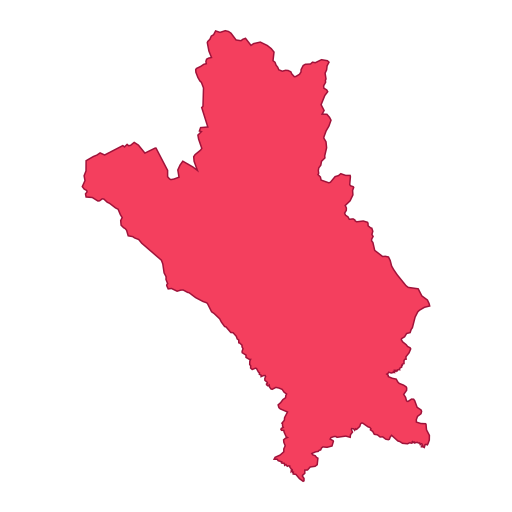 the district of Yen Binh, Yên Bái, Vietnam
{"feature_id": "81297802B76693228184167", "entity_name": "Yen Binh", "entity_type": "district", "adm_level": 2, "iso_a3": "VNM", "parent_name": "Vietnam", "parent_adm1": "Yên Bái", "projection": "albers", "projection_center": [104.951, 21.859], "detail": "fine", "context": "isolated", "style": "filled", "palette": "rose", "viewbox_px": 512, "rotation_deg": 0, "n_neighbors": 0, "source": "geoboundaries", "source_scale": "gbopen_adm2", "svg_char_len": 6047}
<svg xmlns="http://www.w3.org/2000/svg" viewBox="0 0 512 512"><path d="M417.1,407.3L414.7,400.7L413.6,399.2L411.5,399.1L408.1,401.4L407.2,401.4L406.4,400.5L405.6,397.4L403.7,394.4L406.6,390.3L406.7,388.0L406.1,386.8L403.5,385.1L399.2,383.4L397.8,382.0L396.2,379.1L392.3,378.3L388.3,376.6L388.2,375.2L386.8,374.1L388.0,373.4L388.7,372.2L391.2,373.0L393.4,372.5L393.4,371.9L394.5,372.4L394.3,370.3L396.1,370.4L395.5,371.1L396.1,371.4L396.7,370.5L397.2,370.8L397.6,369.8L399.6,369.7L399.3,369.2L399.7,368.3L401.7,367.0L401.6,366.2L402.2,365.5L401.8,365.2L402.4,364.2L404.0,363.6L404.0,360.4L405.0,359.2L406.1,359.2L405.9,356.8L409.0,352.9L410.7,348.9L410.1,347.8L407.6,346.5L406.2,344.7L402.6,341.8L401.3,339.6L401.6,338.6L404.6,336.8L406.6,333.5L410.1,332.6L411.2,329.4L412.4,327.7L415.1,317.1L417.8,311.8L419.5,310.2L424.4,307.3L429.7,306.0L429.1,303.6L427.4,300.0L421.8,295.9L418.2,288.8L408.2,287.4L405.9,285.6L397.1,274.7L393.5,269.4L391.6,266.0L390.2,260.5L388.5,257.0L385.3,256.3L382.6,256.5L374.7,250.4L372.9,242.5L371.6,240.9L371.7,239.0L373.1,236.5L371.9,234.4L372.8,231.3L371.8,228.2L370.5,227.8L368.1,225.8L368.0,223.3L367.5,222.3L363.3,221.0L356.6,221.8L355.1,220.8L354.8,219.9L353.1,218.9L349.3,219.3L348.0,216.9L345.5,215.2L344.6,213.1L346.3,210.4L346.4,208.0L345.2,205.5L350.1,200.8L352.9,194.9L352.6,190.5L353.7,187.4L353.2,186.7L350.6,185.8L349.7,184.6L350.4,176.7L350.1,175.4L345.6,175.4L340.8,173.7L338.5,175.6L335.1,176.6L330.4,182.3L328.8,182.8L321.1,180.1L320.4,177.0L318.0,174.6L318.7,173.2L318.3,170.6L318.8,167.8L320.8,165.2L321.5,161.3L324.9,157.9L324.7,155.9L326.6,147.8L326.0,141.8L323.8,138.1L323.9,137.0L326.1,130.9L328.9,126.1L331.0,120.2L329.5,117.3L326.9,114.3L322.1,114.1L324.1,110.5L321.1,104.7L324.8,95.5L327.7,91.7L326.7,89.9L323.9,88.2L323.6,85.9L325.6,82.3L325.4,80.3L326.0,79.0L325.1,73.1L326.6,69.9L327.1,65.8L329.0,62.2L327.4,60.7L321.5,59.7L315.3,62.7L312.5,62.2L310.5,64.0L305.3,64.3L303.2,65.5L301.1,69.6L301.0,71.9L299.5,74.3L295.8,76.5L294.3,76.7L291.7,73.8L290.8,71.8L288.1,70.5L285.6,70.3L282.3,71.2L278.8,69.8L277.7,67.2L276.1,65.2L275.0,62.3L273.0,60.7L274.0,52.1L271.3,48.7L267.3,45.5L260.3,42.1L253.6,43.6L251.0,45.4L245.5,38.3L242.8,39.3L241.0,40.7L236.1,40.0L231.0,33.2L228.5,31.5L225.3,30.7L220.0,32.4L215.6,30.9L213.6,34.7L211.3,36.1L209.9,39.3L207.8,41.4L207.3,42.6L208.9,51.0L211.5,57.5L208.6,58.1L206.6,59.2L205.9,61.4L206.3,63.7L203.8,64.3L200.9,66.3L196.4,68.5L195.7,69.7L195.9,72.3L197.9,77.5L199.9,81.0L201.4,82.4L203.5,87.9L203.0,105.7L202.8,106.6L201.7,107.5L207.8,127.0L200.6,127.6L199.4,131.0L201.4,131.6L197.9,135.1L198.6,139.1L201.8,148.4L200.6,150.1L195.1,154.6L193.7,156.7L194.1,161.3L197.4,170.4L192.9,167.0L182.8,161.2L180.1,165.0L177.8,170.0L179.0,177.2L173.8,179.1L170.9,179.6L169.6,179.0L167.6,176.7L167.6,170.4L156.0,148.1L155.1,148.1L144.9,153.1L138.4,145.1L134.2,142.4L130.5,145.4L128.6,145.7L127.1,144.4L124.5,146.9L122.8,145.6L104.6,155.0L100.1,152.9L96.9,155.1L93.4,156.5L86.1,160.7L86.0,170.9L84.1,175.8L85.0,180.6L82.3,186.6L84.2,189.1L86.4,190.3L87.0,191.1L86.9,192.1L85.5,193.9L86.1,197.0L92.3,197.5L97.9,201.0L99.6,200.8L102.3,198.8L103.9,199.1L107.2,202.2L109.7,203.4L115.5,207.9L118.1,209.2L120.4,214.7L122.2,217.6L120.7,220.5L121.1,225.2L123.6,227.7L125.2,228.6L126.6,230.3L128.2,235.8L132.7,236.6L134.6,237.9L138.7,239.5L141.8,243.3L161.4,260.2L162.8,264.0L164.1,272.9L166.1,276.7L166.0,279.5L167.7,283.7L166.9,284.5L166.7,285.6L168.2,288.9L171.5,288.5L177.1,291.2L180.8,290.1L183.2,290.0L187.6,292.4L189.1,292.7L195.6,297.6L203.0,301.5L206.7,302.8L207.6,303.8L211.6,311.8L214.0,313.4L219.7,318.8L221.4,322.1L224.6,326.5L226.0,326.9L230.8,332.5L233.1,332.7L236.3,336.3L237.2,338.9L238.7,340.0L238.8,342.8L239.8,343.1L242.0,345.2L242.0,346.8L243.0,348.7L242.1,351.3L242.2,352.7L246.0,355.1L246.0,357.4L249.4,359.4L250.6,359.4L249.8,361.1L249.7,364.5L250.7,365.8L250.6,368.0L252.2,369.5L255.4,368.2L256.5,368.5L258.4,372.0L259.5,372.9L259.3,374.2L261.1,375.2L261.1,376.6L263.4,375.6L265.1,375.5L265.6,376.5L264.8,378.6L264.9,380.3L267.3,382.4L267.5,383.2L266.5,383.9L266.5,384.7L268.0,385.9L269.2,385.0L269.5,386.9L270.9,388.9L272.2,389.3L275.9,387.4L278.8,388.0L282.2,389.4L284.1,392.2L286.6,394.0L285.8,395.6L285.6,397.7L282.9,399.6L280.7,402.6L278.1,404.9L278.9,407.6L280.3,408.9L287.5,412.0L284.6,417.6L284.3,420.3L281.9,423.2L282.5,423.8L282.6,426.2L283.3,427.4L281.3,428.4L280.9,429.4L281.6,430.3L283.8,430.4L284.1,432.1L286.2,436.8L287.4,437.5L285.5,438.2L283.6,439.8L283.8,442.2L285.2,445.8L283.8,448.9L283.8,451.8L280.2,455.0L275.1,457.3L274.1,459.2L277.2,459.3L278.2,460.7L281.7,461.8L281.4,462.7L281.8,463.1L284.2,463.3L284.7,465.3L285.9,464.5L287.3,466.3L288.6,465.8L289.8,466.1L289.7,466.9L291.4,469.2L291.2,471.4L292.3,470.3L292.5,472.4L293.4,472.2L293.2,474.0L295.9,474.4L299.5,478.7L303.1,481.3L304.0,480.8L304.0,478.4L302.4,476.1L302.6,475.3L304.8,473.3L304.8,470.1L307.5,470.0L310.2,467.0L315.1,466.3L317.2,464.7L317.9,458.2L316.5,457.4L315.3,455.8L312.7,454.8L311.8,453.5L315.7,451.8L318.2,451.4L319.3,450.2L320.6,450.0L321.6,447.9L322.9,446.9L327.1,447.3L332.0,446.0L333.4,441.3L333.0,440.6L330.1,439.1L330.9,437.6L334.1,436.5L335.9,436.5L337.0,437.3L345.8,436.1L350.2,437.3L350.5,434.7L352.5,432.1L351.4,429.8L351.6,428.6L353.7,428.8L354.7,430.3L355.7,428.8L356.6,429.4L359.7,426.5L360.6,423.8L361.4,423.1L362.7,423.1L368.1,426.9L369.8,427.4L370.9,428.7L370.4,429.8L372.7,431.4L374.3,434.3L377.4,434.8L380.1,437.0L382.6,436.8L385.8,439.2L388.4,439.7L389.4,439.2L390.1,437.2L391.6,435.3L397.9,441.0L399.9,441.6L402.5,443.3L407.5,443.8L409.8,442.7L411.3,443.2L412.5,442.8L412.2,441.8L412.5,441.5L413.6,442.3L415.2,441.9L414.3,442.7L414.5,443.0L417.2,442.3L418.3,443.0L419.6,442.9L420.2,444.5L421.2,443.7L421.8,443.8L422.7,445.7L421.4,446.0L421.4,446.8L423.0,446.8L424.3,447.5L425.1,444.6L426.1,444.3L427.3,444.9L427.9,443.9L429.3,440.1L429.4,435.4L426.5,429.8L426.0,424.2L425.5,423.7L420.8,423.5L416.4,422.1L416.3,419.7L417.5,416.4L421.0,413.7L421.6,411.4L421.1,410.0L417.1,407.3Z" fill="#f43f5e" stroke="#9f1239" stroke-width="1.5"/></svg>